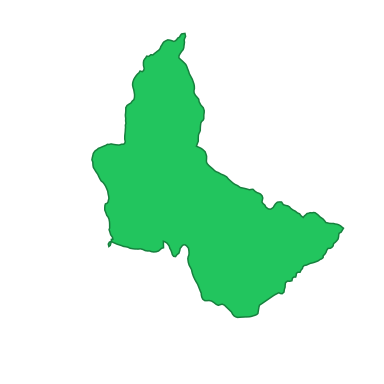 the district of Cariri do Tocantins, Tocantins, Brazil, rotated 143°
{"feature_id": "56859067B90473711295320", "entity_name": "Cariri do Tocantins", "entity_type": "district", "adm_level": 2, "iso_a3": "BRA", "parent_name": "Brazil", "parent_adm1": "Tocantins", "projection": "equal_earth", "projection_center": [-49.215, -11.947], "detail": "fine", "context": "isolated", "style": "filled", "palette": "green", "viewbox_px": 384, "rotation_deg": 143, "n_neighbors": 0, "source": "geoboundaries", "source_scale": "gbopen_adm2", "svg_char_len": 5175}
<svg xmlns="http://www.w3.org/2000/svg" viewBox="0 0 384 384"><g transform="rotate(143 192 192)"><path d="M286.1,201.1L285.5,199.4L284.6,197.9L283.3,195.5L281.8,193.4L280.6,191.7L279.5,189.8L277.8,188.1L276.4,186.5L275.3,184.3L273.5,182.4L271.7,180.7L270.4,179.7L269.2,178.7L267.5,177.8L265.9,175.8L264.6,173.3L262.9,171.6L261.4,170.5L260.2,168.7L258.6,167.1L256.5,165.8L254.2,165.0L251.8,165.2L250.1,165.3L248.3,164.6L244.5,169.9L243.5,168.3L242.7,166.1L242.7,162.8L243.6,160.3L243.9,158.1L244.6,155.8L245.4,153.8L245.4,151.7L244.0,150.3L241.7,151.0L239.3,151.0L237.0,152.6L235.4,154.1L233.7,154.5L232.0,155.0L230.5,154.9L229.2,153.8L228.7,151.9L228.6,149.4L229.9,146.8L231.4,144.6L232.6,143.4L234.0,142.6L235.4,141.3L236.3,139.8L237.3,138.0L238.3,135.3L238.7,132.5L239.1,130.2L239.9,128.6L240.7,126.7L241.6,123.9L242.3,120.7L242.7,118.0L243.0,115.1L243.8,112.1L244.4,110.0L245.0,107.8L245.5,105.7L246.5,104.2L247.4,102.3L247.9,99.9L247.2,97.6L245.6,96.3L243.7,95.1L242.0,93.2L241.0,90.4L240.3,87.7L239.2,85.7L237.2,85.0L235.4,84.3L234.2,82.1L233.9,80.0L232.7,72.5L233.1,70.0L233.0,67.8L232.3,66.1L231.1,64.4L229.2,63.2L227.8,62.3L226.2,61.2L224.4,60.0L222.6,58.7L220.9,57.6L219.2,56.8L217.7,56.3L216.1,55.7L214.2,55.2L212.5,55.3L207.8,59.8L206.2,61.0L203.1,60.8L189.0,60.2L187.3,60.0L183.2,59.3L182.5,57.7L181.2,56.5L178.8,56.7L176.9,58.6L174.9,60.0L173.7,61.5L171.9,63.3L169.4,63.4L167.7,61.9L165.6,61.0L163.7,62.7L161.9,62.8L160.4,61.7L159.1,62.6L157.6,64.2L155.8,64.2L154.0,62.9L151.9,64.0L149.9,64.4L148.5,65.5L146.7,65.8L144.5,64.7L142.5,64.3L140.4,63.8L138.7,63.0L136.9,62.3L135.3,61.8L133.6,61.3L132.2,61.0L130.7,61.1L128.8,60.6L126.8,60.7L125.6,62.1L123.3,62.4L121.2,63.2L119.4,64.4L117.3,65.1L115.4,63.8L113.7,63.6L111.8,64.0L109.9,65.6L108.0,65.6L106.0,65.9L103.7,66.5L101.9,68.0L100.6,69.5L99.3,70.5L97.0,70.2L95.3,70.9L92.8,71.9L93.3,73.6L93.7,75.5L94.6,77.6L95.6,79.0L96.9,80.3L97.9,81.7L99.5,82.9L101.0,84.1L102.3,85.7L103.5,87.1L103.4,89.1L103.6,91.7L104.7,94.9L105.2,98.3L106.2,101.4L107.3,102.5L108.7,103.1L110.1,104.4L111.5,104.8L113.1,105.6L115.1,105.3L116.6,105.3L118.5,104.7L119.2,107.2L119.2,109.9L120.4,111.9L121.0,114.5L122.2,116.9L123.0,119.5L123.1,121.4L123.8,123.2L125.2,124.8L126.7,126.9L126.5,130.1L128.2,131.5L130.0,132.5L132.4,132.3L134.5,131.6L136.3,130.8L137.8,130.8L139.6,131.0L141.2,132.5L142.1,135.4L141.7,137.8L142.2,139.8L142.2,141.8L140.8,143.1L139.1,144.6L138.3,146.8L138.5,149.1L139.4,150.9L140.4,152.3L141.2,154.5L141.7,157.5L143.3,158.5L144.8,159.2L145.8,160.6L147.5,162.8L149.4,165.0L150.8,166.6L151.7,169.6L153.2,172.4L154.0,174.9L154.5,177.4L155.1,180.4L155.2,183.2L156.4,186.1L158.1,188.9L159.3,191.8L160.5,193.6L161.1,195.4L161.5,197.9L162.1,200.6L162.6,203.0L162.8,205.2L162.5,207.0L161.6,208.4L160.2,210.0L158.8,211.8L158.1,213.7L157.3,216.3L157.9,219.7L158.6,221.7L160.9,225.9L158.4,227.6L156.4,228.8L154.7,231.1L152.8,233.4L151.5,234.4L149.9,235.2L148.4,236.1L147.0,237.9L145.9,239.2L144.8,240.4L143.3,241.9L141.8,242.5L139.8,242.7L138.5,243.4L137.5,244.7L136.2,246.4L134.5,248.1L133.3,249.6L132.3,252.5L132.6,256.3L132.0,259.8L130.8,262.1L130.9,264.6L131.1,267.2L130.7,269.8L129.5,271.7L127.8,273.2L126.4,275.2L125.5,277.0L124.7,279.4L123.9,281.9L123.4,285.2L123.0,287.9L122.0,290.7L121.3,293.3L120.6,295.5L120.2,297.6L120.5,300.0L120.9,302.5L121.4,304.9L121.7,307.1L120.3,308.7L118.3,309.6L116.3,310.3L114.9,310.7L113.5,311.0L111.8,312.1L110.5,313.5L109.4,314.6L107.9,316.1L106.7,318.2L105.2,319.2L103.5,320.1L102.2,322.9L103.8,323.8L105.2,324.5L106.9,324.1L108.7,323.2L110.8,323.5L112.5,322.9L114.5,322.8L115.9,323.2L117.2,325.2L118.4,326.7L119.8,328.1L121.8,328.5L124.0,328.8L125.7,328.4L127.4,327.6L129.2,327.0L131.2,325.7L133.4,325.2L134.9,325.3L136.4,325.2L138.8,325.2L140.8,325.0L142.2,326.4L144.9,326.3L146.5,327.8L148.2,327.0L149.8,326.7L151.6,325.9L153.0,324.5L154.6,322.3L155.8,319.5L157.4,318.2L159.3,318.0L160.7,319.9L162.6,319.1L164.4,319.0L166.3,318.6L168.7,317.8L170.6,317.0L172.6,315.7L173.9,314.6L175.1,313.2L176.2,310.9L177.0,308.7L178.0,306.7L179.3,304.3L180.9,302.3L182.8,300.7L184.9,300.6L187.3,299.8L189.5,300.1L191.8,300.2L194.1,299.2L195.7,297.1L197.4,295.1L198.9,293.6L199.8,292.2L200.6,290.7L202.2,288.8L203.4,286.6L205.0,285.5L206.2,283.6L207.4,282.3L208.8,280.6L210.3,279.0L212.0,277.2L213.9,274.7L215.0,272.4L216.4,271.4L217.9,271.3L219.4,272.5L221.9,273.3L223.9,275.1L226.0,277.2L227.7,279.1L229.6,279.9L230.9,281.0L232.7,281.1L234.8,281.7L236.8,282.2L238.9,282.7L240.5,283.2L242.3,283.0L244.5,283.2L246.2,282.7L247.6,282.2L248.9,281.1L251.1,279.3L252.6,277.9L253.2,275.6L254.3,274.0L255.2,272.6L256.0,270.9L256.2,268.9L256.5,266.2L256.6,262.8L257.1,260.7L257.6,258.1L257.9,255.5L257.3,253.2L257.3,250.9L257.5,248.7L258.0,246.5L258.8,243.4L260.2,240.8L261.2,238.6L262.2,236.9L263.8,235.7L265.0,234.6L266.6,234.1L268.3,234.6L269.6,233.7L271.1,232.0L272.5,230.1L273.2,227.5L274.1,224.7L274.1,222.3L274.6,220.3L275.9,217.7L277.2,215.8L278.4,214.2L279.4,212.8L280.9,211.8L281.5,209.9L282.7,206.7L282.7,203.9L283.6,201.9L284.9,202.7L286.1,201.1ZM286.1,201.1L288.1,201.7L290.2,200.8L291.2,198.5L289.4,198.6L287.9,199.7L286.1,201.1Z" fill="#22c55e" stroke="#15803d" stroke-width="1.5"/></g></svg>